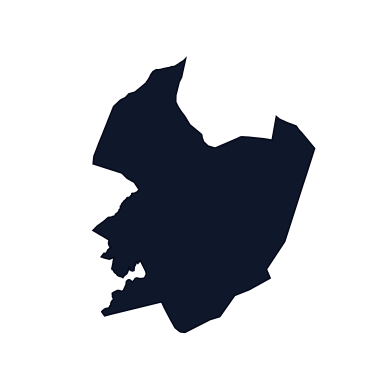 the district of Villa de Chilapa de Díaz, Oaxaca, Mexico, rotated 67°
{"feature_id": "50627088B27249179318805", "entity_name": "Villa de Chilapa de Díaz", "entity_type": "district", "adm_level": 2, "iso_a3": "MEX", "parent_name": "Mexico", "parent_adm1": "Oaxaca", "projection": "equal_earth", "projection_center": [-97.646, 17.595], "detail": "fine", "context": "isolated", "style": "filled", "palette": "ink", "viewbox_px": 384, "rotation_deg": 67, "n_neighbors": 0, "source": "geoboundaries", "source_scale": "gbopen_adm2", "svg_char_len": 4463}
<svg xmlns="http://www.w3.org/2000/svg" viewBox="0 0 384 384"><g transform="rotate(67 192 192)"><path d="M188.7,298.2L195.3,293.3L203.7,287.1L204.5,287.6L205.2,288.0L206.1,288.7L207.1,289.0L208.8,289.2L210.5,289.0L211.6,288.4L211.6,289.5L212.5,292.2L213.3,293.0L214.4,294.2L214.8,295.6L214.0,297.0L214.9,298.6L216.2,300.9L218.2,298.8L219.8,296.7L221.6,294.3L221.7,289.5L222.4,289.9L223.7,290.6L225.2,291.8L226.5,292.4L227.4,293.1L229.8,294.7L231.2,295.8L232.3,295.7L233.0,294.7L233.8,295.0L235.6,294.8L236.9,294.1L237.8,293.5L239.3,293.3L240.5,292.5L241.5,291.4L242.2,290.4L243.0,289.4L243.8,289.1L243.3,288.2L242.6,287.3L242.2,285.8L241.8,284.2L241.2,283.3L240.3,282.4L239.3,281.4L238.0,280.3L237.1,279.4L238.1,279.6L239.6,279.4L240.4,278.9L241.4,277.7L241.6,276.1L240.7,275.6L238.9,274.6L238.0,274.2L237.6,273.3L236.5,272.1L235.4,271.1L234.8,270.1L236.5,269.8L236.2,268.8L235.7,268.0L235.2,267.2L234.8,266.3L236.5,266.2L246.4,265.6L249.2,265.9L249.6,266.1L252.0,268.5L252.1,268.9L252.5,269.8L252.5,270.5L252.3,271.2L252.0,272.0L251.8,272.8L251.7,273.0L250.8,274.8L250.4,275.3L249.7,275.9L249.5,276.9L249.4,277.7L249.6,278.4L249.8,278.8L250.6,279.7L251.3,281.6L251.3,282.1L250.5,282.8L249.9,282.8L249.5,282.9L248.7,283.5L248.3,284.1L248.0,284.9L248.1,285.9L248.7,287.3L249.1,287.4L249.4,287.8L250.3,288.2L251.3,288.7L252.8,290.4L253.9,291.4L254.0,291.7L255.1,292.8L255.6,293.3L255.9,294.1L256.0,294.5L256.0,295.2L256.0,295.5L255.5,296.1L255.0,296.6L254.3,297.5L254.0,297.9L253.7,298.7L253.5,299.3L253.5,300.4L253.6,301.4L253.7,301.8L253.7,302.3L253.7,303.0L253.9,304.4L254.1,305.0L255.4,305.4L256.1,305.5L256.7,306.0L258.0,306.1L258.9,305.9L259.4,306.0L260.2,306.6L260.7,307.2L260.9,307.6L261.0,308.4L261.4,308.8L262.1,309.7L263.5,310.6L264.3,310.6L264.5,311.1L264.7,312.0L265.0,312.4L265.4,312.7L265.9,313.0L266.1,313.8L266.1,314.5L266.0,315.1L265.9,316.2L265.7,316.4L265.5,316.9L265.6,317.8L265.8,318.4L265.8,318.9L266.1,319.7L266.2,320.3L266.5,321.1L266.8,321.8L267.0,321.9L271.9,320.8L272.8,314.4L281.2,262.9L288.1,262.7L301.3,261.6L310.3,260.6L314.3,258.5L316.3,257.3L318.5,253.3L316.5,225.4L317.6,215.1L303.9,193.1L304.3,177.6L301.8,153.7L292.2,153.7L273.8,126.0L253.9,108.8L228.8,87.2L219.2,78.8L199.8,62.1L180.5,67.9L176.2,69.5L172.0,70.3L165.5,77.2L159.2,83.0L155.5,84.9L175.6,98.0L173.8,100.7L170.7,105.7L166.1,114.1L163.7,118.4L160.7,124.5L160.3,125.9L160.5,129.0L160.6,149.8L160.6,153.6L160.3,154.0L155.9,159.3L150.3,161.7L147.1,161.5L146.9,161.5L146.3,161.5L146.2,161.5L143.7,160.8L142.6,160.8L129.3,167.7L127.3,168.0L126.4,168.1L122.9,168.6L119.0,169.2L113.9,170.5L108.3,171.5L102.8,171.8L96.7,169.1L85.8,160.9L82.1,156.6L77.6,153.5L72.9,150.1L67.8,146.5L66.7,145.7L67.8,148.4L68.6,153.4L68.8,153.9L69.6,159.0L68.9,161.3L68.6,162.1L68.7,163.5L67.4,169.7L66.9,173.0L66.4,175.2L65.6,176.7L65.5,178.3L66.1,181.2L67.9,184.0L69.2,185.4L71.4,188.2L73.2,191.2L73.6,191.5L75.9,199.0L77.2,203.5L77.8,205.5L77.0,211.8L79.1,216.4L79.2,218.6L79.3,220.7L79.5,222.1L79.6,222.5L81.2,226.7L81.5,227.4L82.7,230.8L83.7,231.7L88.7,236.7L92.7,240.7L96.6,244.5L101.0,248.9L101.7,249.6L102.0,249.9L102.2,250.1L102.6,250.5L103.5,251.3L106.6,254.5L109.8,257.7L111.1,259.0L111.3,259.2L115.2,262.9L120.5,268.1L121.3,268.6L123.6,269.9L127.5,272.0L139.6,257.9L147.1,249.2L154.1,246.3L160.5,241.4L170.0,239.6L169.8,239.6L169.7,239.7L169.7,239.9L169.7,240.3L169.7,241.0L169.8,241.2L170.2,241.9L170.4,242.3L170.6,242.5L170.5,243.5L170.7,244.3L170.7,244.6L170.7,244.9L170.6,245.1L170.5,245.6L170.5,245.8L170.6,246.0L170.5,246.4L170.3,246.6L170.2,246.8L170.0,247.2L169.9,247.6L169.9,247.9L170.1,248.2L170.5,248.3L170.9,248.3L171.1,248.3L171.3,248.3L171.4,249.1L171.6,250.0L172.0,250.6L172.1,250.4L172.4,250.5L172.5,250.7L172.6,251.4L172.4,252.0L172.2,252.9L172.1,253.2L171.9,253.5L172.0,254.2L172.4,254.5L172.6,254.8L173.0,255.7L173.0,256.0L173.2,256.4L173.4,256.7L173.4,256.9L173.8,257.2L173.8,258.0L173.8,258.5L174.1,258.8L174.4,259.0L174.8,259.2L174.8,259.5L175.0,260.3L175.2,260.9L175.6,261.5L175.9,261.7L176.3,261.9L176.9,262.2L176.9,262.7L177.0,263.0L177.1,263.5L177.7,263.6L178.0,263.6L178.4,263.8L178.6,264.2L179.0,264.4L179.4,264.8L179.8,265.3L180.0,266.2L181.2,266.8L181.8,267.1L181.6,268.1L182.0,268.8L182.1,269.2L182.2,269.4L182.5,270.0L182.5,270.4L182.5,271.0L182.9,271.4L183.5,271.8L183.8,272.3L183.9,272.7L183.6,274.3L183.6,275.0L183.6,275.7L183.7,276.0L182.7,279.0L184.5,284.5L186.3,292.4L188.7,298.2Z" fill="#0f172a" stroke="#020617" stroke-width="1.5"/></g></svg>